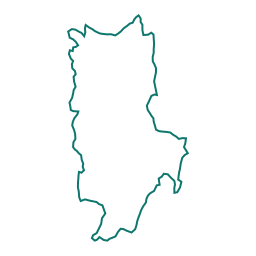 the district of Boa Vista das Missões, Rio Grande do Sul, Brazil
{"feature_id": "56859067B43366987034812", "entity_name": "Boa Vista das Missões", "entity_type": "district", "adm_level": 2, "iso_a3": "BRA", "parent_name": "Brazil", "parent_adm1": "Rio Grande do Sul", "projection": "equal_earth", "projection_center": [-53.341, -27.704], "detail": "fine", "context": "isolated", "style": "outline", "palette": "teal", "viewbox_px": 256, "rotation_deg": 0, "n_neighbors": 0, "source": "geoboundaries", "source_scale": "gbopen_adm2", "svg_char_len": 2177}
<svg xmlns="http://www.w3.org/2000/svg" viewBox="0 0 256 256"><path d="M186.0,138.3L182.6,138.1L178.8,138.9L176.1,136.5L173.0,134.7L170.3,132.5L166.4,131.9L163.8,131.7L161.4,131.5L158.9,131.1L156.0,129.6L154.9,125.5L153.7,121.6L153.4,118.3L151.5,115.9L149.9,113.2L147.8,110.1L146.8,105.8L148.8,101.7L151.4,95.9L154.4,94.5L156.9,95.0L154.1,81.3L155.1,76.4L156.0,72.2L156.0,68.3L154.5,64.5L152.8,61.4L152.7,56.8L153.7,52.9L153.7,48.9L154.1,44.2L153.7,38.2L153.5,34.5L151.3,32.7L148.1,34.7L143.4,35.0L142.4,30.2L142.4,24.8L140.6,22.0L140.7,18.6L138.6,15.4L136.2,17.1L134.4,19.3L132.7,22.7L129.8,23.6L127.2,25.8L123.6,28.4L120.9,31.4L117.7,33.9L115.2,35.4L110.8,34.2L107.6,34.4L103.6,34.0L100.0,33.5L97.4,32.3L94.9,31.1L92.4,29.2L89.3,27.6L85.7,25.0L84.9,28.4L85.3,32.3L84.2,36.2L81.6,33.0L78.6,31.5L75.3,29.6L71.8,29.1L68.2,31.5L69.7,37.7L73.2,39.4L75.7,41.7L78.1,45.3L75.8,46.9L73.2,47.4L72.7,51.0L69.9,50.3L68.9,53.9L71.0,58.9L73.1,60.9L71.9,64.2L72.3,68.3L74.9,71.0L75.7,74.3L73.6,76.7L74.1,81.5L75.6,86.8L73.7,90.0L73.1,93.6L72.1,97.9L69.5,102.6L70.4,106.8L70.8,110.0L73.1,111.1L75.7,111.3L78.3,111.5L77.3,114.5L74.3,118.3L72.8,121.9L72.2,125.5L74.0,129.8L75.1,133.7L75.4,138.9L73.4,142.3L73.1,147.1L74.8,149.4L76.9,151.0L79.0,153.5L81.1,155.1L81.7,159.7L83.2,163.6L82.7,166.8L84.0,170.2L81.6,172.7L79.0,171.9L78.5,175.6L78.3,179.1L78.0,182.6L77.9,187.1L78.8,191.8L79.2,197.4L80.7,201.0L85.0,199.4L90.4,200.8L96.5,202.0L99.0,204.1L102.4,205.3L103.5,208.4L105.3,213.5L102.0,218.2L101.2,223.8L96.7,233.1L93.1,235.2L91.9,238.1L94.8,240.6L97.2,239.6L99.4,237.1L103.8,240.0L107.4,240.6L109.5,238.8L112.0,237.9L115.5,236.4L118.0,231.9L120.6,228.8L123.3,229.0L126.4,230.6L131.6,232.5L135.2,229.2L136.5,225.1L137.2,221.3L138.6,217.1L140.0,213.6L141.1,210.2L143.3,206.1L145.9,202.5L146.4,199.1L147.8,195.8L150.0,193.4L154.1,190.9L156.7,185.4L159.6,184.8L158.7,178.6L161.7,176.7L163.8,173.8L167.8,174.3L171.1,177.9L174.3,180.8L175.0,184.4L174.3,188.0L174.4,192.8L177.3,192.2L180.0,187.5L181.4,181.8L178.2,179.6L178.6,176.0L179.2,172.1L180.0,168.8L180.7,163.7L182.3,157.7L184.6,155.1L187.8,153.2L184.0,147.1L185.3,143.3L186.0,138.3Z" fill="none" stroke="#0f766e" stroke-width="2"/></svg>